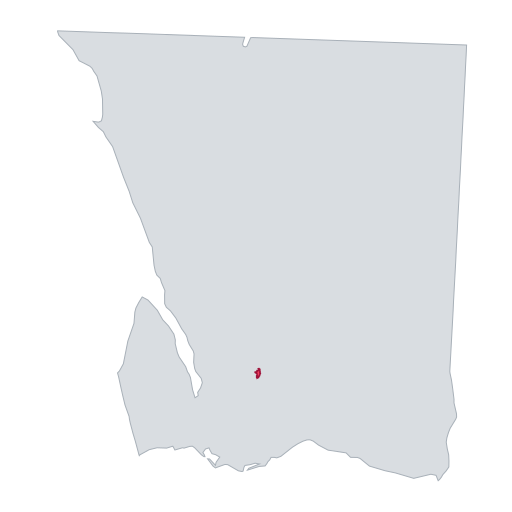 Abshaway, Al Fayyum, Egypt (highlighted), rotated 182°
{"feature_id": "37247803B9213477235230", "entity_name": "Abshaway", "entity_type": "district", "adm_level": 2, "iso_a3": "EGY", "parent_name": "Egypt", "parent_adm1": "Al Fayyum", "projection": "equal_earth", "projection_center": [30.701, 29.374], "detail": "fine", "context": "in_parent", "style": "filled", "palette": "rose", "viewbox_px": 512, "rotation_deg": 182, "n_neighbors": 0, "source": "geoboundaries", "source_scale": "gbopen_adm2", "svg_char_len": 4882}
<svg xmlns="http://www.w3.org/2000/svg" viewBox="0 0 512 512"><g transform="rotate(182 256 256)"><path d="M462.1,474.1L450.8,474.1L439.5,474.1L428.2,474.1L416.9,474.1L405.7,474.1L394.4,474.2L383.1,474.2L371.8,474.2L360.5,474.2L349.2,474.2L337.9,474.2L326.6,474.2L315.3,474.2L304.0,474.2L292.7,474.2L281.4,474.2L275.0,474.2L276.1,470.1L276.8,467.2L276.0,465.1L273.8,464.6L272.4,465.3L269.0,473.9L267.3,474.2L263.2,474.2L250.1,474.2L237.0,474.2L223.8,474.2L210.7,474.2L197.5,474.2L184.4,474.2L171.2,474.2L158.1,474.2L144.9,474.2L131.8,474.2L118.6,474.2L105.5,474.2L92.3,474.2L79.2,474.2L66.0,474.2L52.9,474.2L53.0,463.8L53.2,453.5L53.3,443.1L53.5,432.8L53.6,422.5L53.8,412.1L53.9,401.8L54.1,391.5L54.3,381.3L54.4,371.0L54.6,360.7L54.7,350.4L54.9,340.2L55.1,330.0L55.2,319.7L55.4,309.5L55.6,299.3L55.7,289.1L55.9,278.9L56.1,268.8L56.2,258.6L56.4,248.4L56.6,238.3L56.8,228.2L57.0,218.0L57.1,207.9L57.3,197.8L57.5,187.7L57.7,177.7L57.9,167.6L58.1,157.6L58.3,147.5L58.0,145.6L56.3,138.8L54.8,130.2L53.1,119.6L53.0,116.1L50.1,105.2L49.9,102.1L50.7,99.9L55.9,90.7L57.5,86.3L58.9,80.9L59.4,76.6L58.1,69.9L56.5,64.0L56.0,57.9L55.9,51.9L58.5,47.8L61.7,44.0L62.9,41.6L64.8,39.0L66.1,37.8L68.4,43.1L73.6,44.0L90.6,39.3L109.2,44.1L119.5,45.9L135.3,50.0L144.9,57.3L147.6,58.2L154.5,58.1L159.1,62.4L177.2,64.5L186.9,69.2L192.3,73.0L195.6,74.2L198.6,74.0L202.5,72.6L207.5,69.9L212.9,66.2L224.2,56.6L228.2,55.0L230.7,55.4L233.9,55.3L235.2,52.7L236.9,50.9L237.9,48.9L239.6,46.5L245.5,45.8L257.1,41.7L255.8,43.6L245.2,48.3L249.7,48.9L254.4,47.3L259.7,46.3L260.7,44.3L261.4,40.6L262.4,40.1L266.1,40.7L277.0,46.5L279.8,46.6L287.5,43.5L289.1,42.8L291.6,44.5L297.3,51.6L295.3,51.5L289.2,45.4L288.7,48.4L285.2,53.8L289.6,56.1L293.1,56.9L295.0,59.9L296.3,62.6L299.7,61.4L302.2,57.8L300.9,55.8L300.0,53.7L301.1,53.7L303.6,55.4L310.6,62.2L312.9,63.7L315.6,63.4L321.2,61.5L322.8,61.8L330.3,59.3L331.3,61.1L332.5,63.0L338.6,60.9L348.2,60.9L356.0,58.7L365.0,53.3L365.7,52.4L366.2,53.8L367.3,57.5L370.2,66.9L372.7,74.3L375.8,84.6L376.8,88.5L377.2,91.2L381.7,102.5L384.3,111.8L386.3,119.4L389.1,130.5L390.3,134.3L388.5,136.3L384.8,143.6L381.1,166.5L375.6,184.4L375.1,195.7L374.2,199.8L371.5,205.5L368.3,211.1L362.4,208.2L352.7,198.3L347.0,189.0L341.0,183.0L335.3,175.0L333.7,169.3L333.7,165.6L331.2,156.6L329.3,152.4L322.4,142.9L320.4,137.8L318.8,135.6L317.3,132.3L314.7,120.0L312.0,112.2L308.9,114.4L309.5,117.7L306.8,122.2L305.2,127.5L306.5,131.8L312.1,138.4L313.3,141.3L314.6,147.5L314.5,156.0L315.4,158.9L319.6,165.2L321.2,168.9L322.1,172.2L323.5,175.1L327.7,180.6L333.9,191.1L339.6,198.2L343.8,201.6L345.6,205.1L346.0,213.9L345.8,218.2L349.5,226.1L350.9,230.2L354.4,233.4L356.1,237.2L357.6,243.3L360.0,261.4L363.1,265.9L372.8,289.7L381.0,304.9L385.0,316.2L391.1,330.0L403.1,360.3L410.1,369.7L412.9,374.9L418.0,379.0L423.5,384.9L418.3,384.3L417.0,384.7L415.2,385.7L414.4,389.2L414.1,392.1L414.9,407.6L416.4,415.5L421.2,430.4L424.6,434.9L426.3,437.8L428.7,439.9L439.6,445.0L446.1,455.8L460.6,469.5L462.1,473.3L462.1,474.1Z" fill="#d9dde1" stroke="#a8b0b8" stroke-width="1"/><path d="M251.1,134.5L251.0,134.4L250.9,134.4L250.7,134.3L250.4,134.3L250.4,134.2L250.2,134.2L250.0,134.3L250.2,134.5L250.3,134.5L250.4,134.4L250.4,134.5L250.4,134.8L250.2,134.9L249.9,134.9L249.7,134.7L249.4,134.7L249.3,134.8L249.2,134.8L249.2,135.0L249.3,134.9L249.3,135.0L249.5,135.1L249.6,135.3L249.6,135.5L249.6,135.8L249.4,135.8L249.4,135.7L249.3,135.8L249.2,135.9L248.9,135.9L248.7,135.9L248.6,136.0L248.4,136.3L248.2,136.5L248.2,136.8L248.3,136.8L248.3,137.0L248.2,137.2L248.2,137.4L248.1,137.5L247.9,137.8L247.9,138.1L248.0,138.2L248.0,138.3L247.9,138.4L247.9,138.5L247.7,138.5L247.5,138.8L247.5,139.0L247.6,139.3L248.0,139.5L248.2,139.8L248.2,140.0L248.1,140.3L247.9,140.6L247.9,140.8L247.9,141.0L248.0,141.1L248.2,141.3L248.3,141.4L248.3,141.5L248.2,141.6L248.2,141.8L248.2,142.0L248.3,141.9L248.5,141.9L248.5,142.0L248.6,142.4L248.5,142.5L248.5,142.8L248.7,143.0L248.8,143.1L248.9,143.4L248.9,143.5L249.0,143.6L249.3,143.6L249.5,143.5L249.7,143.4L249.5,143.2L249.4,143.0L249.3,142.9L249.1,142.6L249.2,142.4L249.3,142.4L249.5,142.2L249.8,141.9L250.1,141.8L250.4,141.7L250.5,141.6L250.9,141.5L251.0,141.5L251.0,141.4L251.0,141.2L250.9,141.2L250.7,141.4L250.4,141.5L250.4,141.3L250.4,141.1L250.5,141.1L250.8,141.0L251.0,140.9L251.2,140.7L251.3,140.5L251.3,140.4L251.3,140.2L251.3,139.9L251.3,139.6L251.6,139.5L251.8,139.6L252.0,139.7L252.1,139.8L252.3,139.9L252.6,140.1L252.8,140.1L252.9,139.9L252.8,139.7L252.7,139.5L252.4,139.5L252.3,139.4L252.2,139.2L251.9,139.0L251.7,139.1L251.4,139.1L251.3,138.8L251.2,138.8L251.0,138.7L251.0,138.4L250.9,138.3L250.9,138.2L250.8,137.9L250.8,137.7L250.8,137.4L250.7,137.1L250.7,136.8L250.7,136.7L250.8,136.7L251.0,136.6L251.2,136.4L251.2,136.2L251.2,135.7L251.0,135.4L250.9,135.2L251.0,135.0L251.0,134.8L251.0,134.7L251.1,134.5Z" fill="#f43f5e" stroke="#9f1239" stroke-width="1.5"/></g></svg>